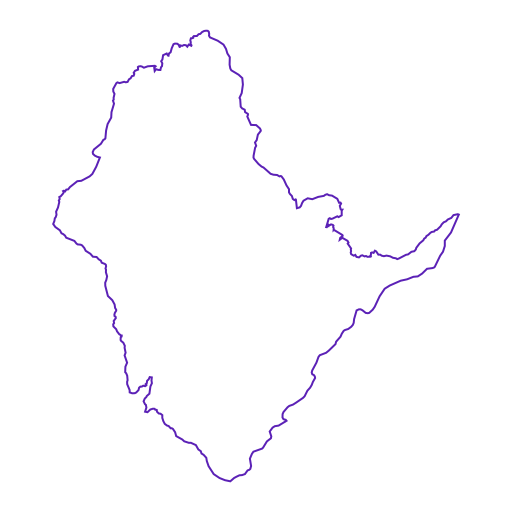 outline of Montufar, Carchi, Ecuador
{"feature_id": "8360857B57734122630891", "entity_name": "Montufar", "entity_type": "district", "adm_level": 2, "iso_a3": "ECU", "parent_name": "Ecuador", "parent_adm1": "Carchi", "projection": "orthographic", "projection_center": [-77.805, 0.568], "detail": "fine", "context": "isolated", "style": "outline", "palette": "violet", "viewbox_px": 512, "rotation_deg": 0, "n_neighbors": 0, "source": "geoboundaries", "source_scale": "gbopen_adm2", "svg_char_len": 5988}
<svg xmlns="http://www.w3.org/2000/svg" viewBox="0 0 512 512"><path d="M230.3,481.3L234.1,478.0L236.3,476.8L239.4,475.3L242.0,475.1L244.9,474.1L247.6,470.4L249.3,469.8L250.3,468.9L251.1,466.0L249.9,458.7L251.9,453.9L253.4,451.7L262.1,448.6L263.1,447.6L266.9,441.4L270.9,438.3L271.3,436.4L269.7,431.5L272.6,427.6L274.8,426.2L278.6,425.6L286.5,420.8L285.7,419.8L283.5,419.2L282.5,417.5L282.6,414.1L283.5,412.0L287.6,407.2L289.3,405.9L293.0,404.6L296.0,402.7L303.0,397.9L304.6,396.3L307.4,390.7L310.1,387.7L311.7,385.0L312.9,381.9L315.1,378.0L314.8,376.4L313.8,375.0L312.3,374.3L311.7,372.5L312.2,370.5L316.4,362.7L318.5,356.9L319.8,355.2L326.1,352.8L328.8,350.6L335.5,344.1L336.1,341.7L340.5,336.7L341.8,333.7L343.7,330.8L345.0,330.0L348.2,329.0L351.2,326.8L352.9,324.8L353.7,322.8L354.1,319.1L356.6,310.4L359.0,309.3L360.6,309.3L362.5,310.3L365.7,312.9L367.8,313.2L369.2,312.9L372.7,309.7L374.7,306.8L379.6,296.3L384.7,288.7L389.8,285.5L400.7,280.7L407.1,279.3L413.4,276.8L417.8,276.4L422.1,273.6L427.0,268.8L432.3,268.1L433.9,267.6L434.8,266.8L440.2,255.7L443.0,251.7L444.8,246.0L444.8,240.6L451.0,232.5L458.8,214.6L457.8,214.2L453.5,215.1L451.3,217.9L447.8,219.5L446.0,221.3L443.7,222.3L441.7,224.4L440.6,226.3L437.0,229.8L435.1,230.3L434.2,231.5L431.6,232.0L430.3,232.9L428.4,234.8L426.4,236.1L425.7,237.6L424.2,238.6L423.3,240.3L419.6,243.4L416.3,247.8L415.8,249.5L414.3,251.2L411.4,251.8L408.1,254.4L406.0,254.8L398.7,258.6L397.2,259.1L395.9,258.3L393.0,257.8L390.1,256.3L386.5,255.6L383.9,256.2L381.7,255.7L380.3,254.7L378.4,254.7L376.2,251.4L374.9,250.7L373.6,252.9L372.1,252.4L371.0,252.9L370.9,255.1L370.4,255.6L370.8,256.5L370.4,256.7L367.4,256.8L366.0,256.0L364.6,256.4L362.3,255.3L360.9,255.7L359.0,257.4L356.5,256.9L355.3,254.9L353.8,255.7L351.2,254.2L350.7,252.6L351.1,251.1L350.8,249.5L351.1,248.5L347.7,243.6L348.5,242.6L347.5,240.8L342.3,237.8L339.8,239.7L340.2,237.9L342.7,235.8L342.4,235.0L333.8,229.8L333.6,230.0L333.7,228.1L333.1,227.0L333.5,225.6L332.8,224.9L331.0,224.4L329.6,225.3L328.4,224.6L328.3,226.2L327.6,226.2L326.8,227.2L326.2,227.1L328.7,218.8L329.8,218.2L331.0,219.0L332.6,218.6L337.3,216.3L338.6,217.1L341.7,215.3L341.7,210.7L342.3,209.7L341.1,209.7L340.6,209.1L339.8,205.8L341.1,203.6L340.5,202.6L339.1,202.8L337.3,198.8L332.0,195.6L329.0,195.2L327.1,194.2L325.3,194.8L323.8,195.9L318.2,196.9L312.3,199.2L307.7,198.3L303.5,200.7L302.1,203.0L301.0,205.9L299.7,207.4L296.9,208.2L295.9,199.6L295.7,199.4L294.4,200.1L292.8,198.9L291.9,196.0L289.8,193.8L289.0,192.3L289.0,189.2L286.5,185.4L283.8,179.5L281.5,176.4L280.8,176.0L279.5,176.4L277.1,175.0L273.4,174.7L270.6,173.8L263.5,167.5L261.6,166.6L258.5,164.0L254.1,158.9L253.5,157.6L253.6,155.6L255.1,147.8L256.2,145.8L255.0,142.5L256.7,140.1L257.9,134.6L260.7,131.0L260.8,130.3L260.0,128.5L256.2,125.1L251.0,124.9L247.3,116.5L248.0,114.8L247.9,113.9L245.1,112.1L244.7,109.7L242.1,108.4L240.7,106.7L240.2,99.3L239.5,97.9L241.7,93.1L242.9,84.6L242.3,78.1L238.6,74.7L231.3,70.3L230.3,68.5L229.6,64.7L229.8,57.2L227.4,53.5L226.0,48.9L223.5,44.6L217.7,40.7L210.0,37.4L209.0,35.7L209.2,33.9L208.7,31.6L207.7,30.8L206.1,30.7L204.1,31.0L202.0,32.1L200.3,33.9L198.6,34.2L196.9,36.0L193.8,36.1L193.1,36.9L193.3,37.7L192.8,38.1L190.9,38.3L190.3,40.4L190.8,42.2L190.5,43.5L191.5,45.3L191.3,45.8L188.7,44.6L187.3,46.7L185.9,45.2L184.0,45.0L182.1,45.9L180.4,45.4L180.0,46.8L179.6,46.9L178.5,44.6L177.2,43.7L174.9,43.6L173.5,44.2L171.7,48.3L170.6,52.3L169.0,53.5L168.5,55.7L167.9,55.5L166.7,53.5L163.1,55.2L162.4,59.5L161.2,61.2L162.3,63.3L162.0,66.1L161.0,67.3L160.4,70.0L158.2,69.9L156.1,69.2L154.7,71.0L154.2,67.7L155.6,66.3L154.8,65.8L147.8,66.3L143.9,67.7L141.8,66.5L140.4,66.2L138.6,66.5L137.9,67.0L138.1,69.6L135.0,70.8L133.7,72.8L134.3,73.9L133.7,75.7L131.9,76.1L130.6,78.3L129.0,79.3L127.6,81.9L125.8,82.3L124.2,81.8L119.6,83.1L117.4,82.4L116.4,83.1L113.2,88.9L113.3,91.5L114.5,93.9L113.6,97.8L113.7,99.6L113.0,100.6L114.0,103.7L111.5,112.1L111.2,117.6L107.6,124.1L106.1,130.5L105.4,138.3L104.6,139.3L103.4,139.8L100.9,143.8L93.9,149.5L92.7,152.1L93.0,153.9L94.8,155.6L97.2,156.8L99.9,157.5L96.2,166.8L92.3,174.0L89.6,176.4L81.3,180.8L77.3,181.2L69.9,187.1L68.1,189.4L66.3,189.6L65.1,191.4L63.9,190.7L63.1,191.1L63.8,192.1L63.2,193.4L60.7,196.3L59.3,197.0L59.7,199.1L58.8,200.5L59.3,201.9L58.0,207.5L56.1,211.7L56.5,214.8L55.6,217.4L54.8,218.3L54.4,221.0L53.2,224.0L55.3,227.0L59.9,230.3L61.5,233.3L63.2,234.1L65.0,235.6L66.2,237.7L74.4,240.9L76.4,243.5L77.6,244.4L80.7,244.7L82.1,245.4L84.3,248.0L85.7,250.8L90.4,253.8L92.9,256.7L96.6,257.0L98.7,259.3L100.9,260.7L101.7,262.7L104.8,263.9L105.8,264.7L106.1,266.3L105.5,268.6L106.0,269.6L105.9,272.3L107.1,276.3L106.3,280.0L105.2,282.7L105.3,285.9L107.9,296.0L112.3,300.2L114.6,304.5L115.1,307.9L116.2,309.8L116.2,310.7L114.9,312.8L114.4,314.5L114.5,316.0L115.6,316.8L115.8,318.1L113.7,321.0L114.1,323.1L113.2,324.3L113.4,326.4L116.2,329.2L117.0,331.3L119.3,334.3L120.4,334.8L120.8,335.6L121.7,335.6L121.6,336.6L120.7,337.3L120.6,340.0L121.1,340.9L123.3,342.7L124.8,345.8L124.6,347.8L125.6,352.7L124.6,355.4L127.1,362.7L125.4,366.7L125.2,372.2L126.2,373.3L127.2,375.7L127.6,380.2L127.1,381.8L127.2,384.2L129.6,390.0L129.7,392.4L132.2,393.3L134.8,393.2L136.2,392.5L138.5,390.1L139.1,387.7L140.4,386.6L141.8,386.6L143.2,385.7L145.1,386.2L146.4,385.3L146.4,384.7L145.7,384.1L146.8,383.1L147.1,380.8L148.7,379.3L149.7,377.1L151.8,377.4L151.5,380.5L151.9,383.2L150.4,386.5L149.4,393.7L146.8,396.0L146.3,397.1L144.8,398.5L143.6,401.3L145.0,404.2L145.9,404.9L146.4,407.6L145.1,411.7L147.5,412.2L150.3,409.5L153.0,408.7L154.6,408.8L155.2,409.7L156.7,409.9L157.0,411.7L158.8,413.5L160.5,413.7L162.3,415.1L162.3,417.9L163.4,421.3L164.8,423.9L167.1,425.6L168.6,426.0L170.7,428.3L171.7,428.2L172.9,428.9L175.1,432.2L176.2,436.1L182.3,439.5L184.2,441.3L188.8,442.8L190.9,442.8L195.9,445.1L198.3,449.4L200.8,451.2L201.5,453.5L203.6,454.8L206.3,457.8L206.8,461.0L208.6,466.2L213.7,474.1L219.5,478.0L225.0,480.2L230.3,481.3Z" fill="none" stroke="#5b21b6" stroke-width="2"/></svg>